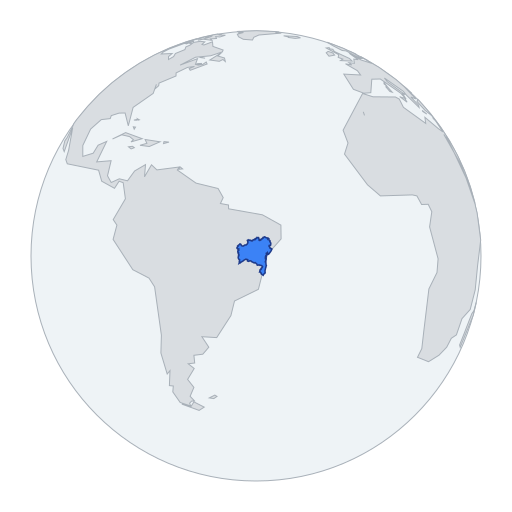 Bahia on an orthographic globe
{"feature_id": "BRA-624", "entity_name": "Bahia", "entity_type": "State", "adm_level": 1, "iso_a3": "BRA", "parent_name": "Brazil", "parent_adm1": "", "projection": "orthographic", "projection_center": [-41.603, -13.426], "detail": "fine", "context": "on_globe", "style": "filled", "palette": "blue", "viewbox_px": 512, "rotation_deg": 0, "n_neighbors": 0, "source": "natural_earth", "source_scale": "10m", "svg_char_len": 10779}
<svg xmlns="http://www.w3.org/2000/svg" viewBox="0 0 512 512"><circle cx="256" cy="256" r="225" fill="#eef3f6" stroke="#a8b0b8"/><path d="M185.6,42.0L185.2,42.1L187.8,41.3L195.9,38.9L196.5,38.7L193.7,39.6L197.1,38.6L193.5,39.9L202.3,37.3L203.7,37.2L199.9,38.5L193.6,40.0L168.9,49.1L163.1,52.1L161.3,54.0L172.1,53.5L168.5,56.6L168.5,59.5L173.6,56.6L175.4,53.5L184.9,49.6L185.9,46.9L189.9,45.2L193.7,42.4L200.4,41.3L204.8,41.9L202.0,44.4L203.9,45.0L212.5,41.8L212.9,46.4L223.1,50.0L222.4,51.9L210.5,55.8L195.6,57.2L180.1,65.1L197.5,58.7L195.4,64.4L198.2,65.1L202.6,64.5L206.2,62.0L207.1,64.0L190.2,70.3L189.2,68.6L194.5,66.4L187.5,67.4L176.1,72.9L176.0,76.0L159.0,83.1L158.7,85.7L154.8,89.1L156.4,84.3L153.2,93.4L133.1,107.4L128.3,125.8L125.1,113.0L119.1,113.1L111.3,115.6L110.2,118.6L101.3,119.6L90.6,129.1L82.8,145.5L82.8,156.4L93.2,153.2L98.1,145.2L106.7,141.4L96.7,161.9L111.1,160.7L107.5,175.8L111.2,182.5L119.3,178.8L127.5,180.8L134.6,171.0L145.5,164.6L144.5,176.8L151.5,164.8L156.9,169.9L179.3,167.0L177.3,170.0L196.0,183.1L218.1,188.5L223.2,197.6L220.4,203.5L228.5,205.0L228.6,208.8L262.4,214.8L280.9,225.1L281.1,238.9L267.2,254.6L258.4,289.3L234.5,301.0L230.9,315.6L216.7,337.6L201.9,336.7L208.8,347.2L202.8,354.2L193.9,355.3L194.7,363.0L188.2,363.8L194.2,368.5L187.6,379.4L193.9,387.4L190.1,396.3L194.5,400.9L191.6,401.1L189.6,403.2L190.7,406.0L180.2,402.5L172.8,391.9L173.3,386.0L169.4,385.6L170.0,370.6L167.2,374.0L160.9,353.0L161.4,335.2L154.6,286.8L149.0,278.1L132.8,269.7L113.1,239.4L116.9,225.1L113.2,219.6L125.4,198.8L123.2,182.7L119.1,181.2L114.5,188.3L101.7,181.2L98.6,170.2L67.3,163.8L65.8,159.6L68.6,150.4L72.7,127.7L64.2,151.6L63.0,148.5L64.8,140.9L67.2,137.5L73.0,125.7L74.0,123.3L76.8,119.4L87.6,106.4L99.3,94.1L111.9,82.8L125.4,72.5L139.5,63.2L154.3,55.0L169.7,47.9L185.6,42.0ZM125.6,132.6L142.2,138.7L131.0,141.9L133.4,139.7L129.6,136.6L121.8,134.8L112.5,139.0L125.6,132.6ZM137.0,120.2L133.9,120.1L137.1,119.4L137.0,120.2ZM189.8,43.4L191.7,42.9L190.0,43.6L189.8,43.4ZM189.7,42.7L186.3,43.9L185.8,43.9L187.8,43.1L189.7,42.7ZM193.9,41.4L185.2,43.6L184.3,43.5L191.4,40.8L193.9,41.4ZM217.0,34.1L218.2,33.9L214.8,34.5L215.2,34.5L217.0,34.1ZM199.1,410.4L181.8,404.1L190.9,406.7L193.9,401.9L204.2,407.1L199.1,410.4ZM209.3,397.9L214.8,395.1L217.0,396.4L213.8,398.6L209.3,397.9ZM411.8,93.3L408.3,90.1L406.9,88.7L403.5,85.9L411.2,94.1L416.0,98.9L410.8,97.0L418.5,105.1L419.1,107.5L406.4,95.1L403.3,91.3L384.4,78.0L387.2,81.6L405.2,94.7L402.1,93.0L406.1,99.1L400.7,93.2L380.3,79.0L371.8,79.2L370.8,92.7L363.8,93.2L353.4,89.3L343.8,74.1L360.6,75.0L357.4,70.7L345.5,63.8L351.7,65.0L348.9,62.7L354.4,63.3L353.8,59.1L358.2,59.7L349.9,53.8L351.0,53.6L355.6,56.9L361.1,60.0L370.9,63.1L370.5,62.5L364.3,58.7L367.8,60.5L360.5,56.5L360.9,56.7L379.0,67.3L396.0,79.5L411.8,93.3ZM356.2,54.2L354.1,53.2L349.6,51.1L356.2,54.2ZM343.3,48.3L344.8,49.0L348.3,50.7L353.7,53.2L361.9,58.4L360.3,58.5L346.1,50.9L342.2,50.5L332.9,45.7L327.1,42.2L343.3,48.3ZM474.9,202.6L475.0,203.7L470.6,187.7L449.1,141.9L447.0,138.0L446.7,137.5L446.1,136.6L449.2,142.7L443.8,134.4L460.7,164.2L465.6,176.7L475.2,204.5L475.5,206.4L477.1,212.9L480.7,240.1L477.6,265.5L475.2,289.9L470.2,309.5L462.0,318.6L456.4,334.9L451.3,338.3L446.7,347.2L439.0,355.2L428.5,361.7L417.5,357.3L421.8,348.6L423.9,330.3L428.9,288.9L437.0,272.5L438.1,258.8L429.6,226.9L431.8,211.7L428.2,204.3L421.6,204.5L416.9,195.9L412.4,194.9L380.4,195.9L367.5,184.8L344.5,154.1L348.0,143.0L343.1,130.2L362.6,93.5L373.0,96.8L395.4,97.0L399.3,99.1L403.4,107.3L425.7,123.4L424.9,117.3L438.3,128.6L442.9,131.9L432.6,116.3L425.0,110.3L417.0,101.5L417.8,99.3L419.7,101.2L430.7,113.8L440.7,127.1L449.8,141.1L457.7,155.7L464.6,170.9L470.3,186.5L474.9,202.6ZM363.3,111.8L364.5,115.4L363.3,111.8ZM180.0,166.8L182.6,168.9L178.9,169.3L180.0,166.8ZM128.5,146.8L132.5,146.3L134.3,147.7L131.1,148.9L128.5,146.8ZM164.0,141.6L169.0,142.1L163.5,143.6L164.0,141.6ZM145.1,139.5L160.0,141.8L149.3,146.5L140.0,145.3L146.9,143.3L145.1,139.5ZM133.3,126.8L135.5,127.1L134.2,129.2L133.3,126.8ZM139.3,119.8L138.3,120.1L137.5,118.8L139.3,119.8ZM196.4,64.0L197.8,63.6L201.9,63.4L199.2,64.6L196.4,64.0ZM224.5,58.0L225.3,61.5L222.9,59.5L219.3,61.3L209.8,60.0L221.5,52.7L217.9,56.0L224.5,58.0ZM200.4,57.2L205.1,58.2L199.5,57.4L200.4,57.2ZM328.1,51.4L332.7,52.9L334.6,55.1L329.0,56.2L326.2,52.8L328.1,51.4ZM338.7,54.7L326.2,48.0L329.2,47.6L329.6,48.8L332.8,49.3L334.4,51.5L349.5,58.5L352.2,61.1L340.5,60.6L342.8,59.1L338.2,57.4L338.7,54.7ZM289.0,37.1L283.6,35.8L297.0,36.5L300.5,37.8L295.2,38.4L287.9,37.4L289.0,37.1ZM208.2,36.9L205.2,37.6L206.0,37.2L209.0,36.4L208.2,36.9ZM213.3,34.8L212.2,35.0L216.5,34.2L221.7,34.4L218.6,34.9L225.4,35.2L219.8,37.0L215.7,36.6L216.5,38.5L210.5,38.9L211.9,40.3L203.2,39.2L197.9,40.2L205.9,38.3L211.1,36.6L211.8,36.1L209.6,35.8L200.7,37.6L201.1,37.5L213.3,34.8ZM276.3,31.6L276.6,31.7L279.1,32.0L276.0,31.8L278.8,32.3L275.8,32.0L281.3,32.9L275.8,32.3L276.0,32.7L281.3,33.1L258.9,35.0L253.8,37.3L252.5,40.0L243.3,39.3L238.6,36.8L237.3,34.2L243.5,32.5L238.2,32.9L239.7,32.3L243.3,32.2L238.6,32.1L240.7,31.7L239.5,31.3L236.9,31.5L256.6,30.7L276.3,31.6ZM399.7,96.6L402.0,97.6L404.6,98.1L407.1,102.2L399.7,96.6ZM385.9,86.9L387.4,86.8L392.2,92.2L389.9,91.5L385.9,86.9ZM384.0,82.5L387.1,86.4L384.0,83.8L384.0,82.5ZM356.5,56.9L357.6,56.9L359.3,57.9L360.6,59.1L356.5,56.9ZM433.7,118.1L434.8,120.2L433.0,118.1L433.0,117.7L433.7,118.1ZM422.2,110.4L426.8,114.1L422.8,111.5L422.2,110.4ZM473.2,315.4L460.2,347.3L459.6,345.0L464.0,333.9L471.8,313.7L474.0,310.6L476.3,302.4L473.2,315.4Z" fill="#d9dde1" stroke="#a8b0b8" stroke-width="1"/><path d="M271.5,248.7L272.1,248.6L272.3,248.4L272.0,248.8L271.2,250.7L270.7,251.5L269.6,253.0L268.6,254.2L267.9,254.5L267.9,254.1L268.0,254.1L267.9,253.9L268.0,253.8L267.9,253.6L267.9,253.3L267.4,253.2L267.2,252.9L267.2,252.7L267.1,252.8L267.0,253.1L266.9,253.3L267.0,253.4L266.7,253.7L266.4,253.3L266.6,253.1L266.3,253.3L266.5,253.6L266.5,253.8L266.8,253.8L267.0,253.9L266.9,254.0L266.9,254.3L266.4,254.7L266.4,254.8L266.7,255.0L266.2,255.4L266.1,255.7L266.1,255.8L265.8,255.8L265.8,255.7L265.7,255.9L265.7,256.2L265.6,256.4L265.6,256.7L265.7,256.3L265.8,256.3L266.0,256.5L265.9,256.7L266.1,257.0L266.0,257.3L266.0,257.7L265.9,257.7L265.7,257.4L265.6,257.2L265.4,257.2L265.4,257.3L265.5,257.2L265.5,257.4L265.8,257.7L266.0,257.8L265.9,257.8L265.7,257.8L265.7,258.1L265.9,258.3L266.0,258.6L265.8,258.6L265.7,258.5L265.6,258.9L265.8,259.0L265.7,258.7L266.1,258.6L266.0,258.3L266.1,258.2L266.1,257.9L266.2,258.3L266.0,259.1L266.0,259.5L265.9,259.7L265.9,259.9L265.6,261.0L265.8,261.4L265.7,261.5L265.8,261.5L265.9,263.2L266.1,265.1L266.4,265.6L266.0,266.4L266.0,266.9L265.8,267.2L265.8,267.6L265.6,267.9L265.5,268.7L265.3,269.3L265.3,269.7L265.2,269.9L265.1,270.4L265.0,270.7L265.0,271.2L265.1,271.9L265.0,272.4L265.2,272.8L264.8,273.3L264.7,273.5L264.2,273.7L263.9,274.0L263.4,274.8L263.2,275.3L261.3,274.0L261.1,273.7L261.3,273.3L261.2,273.1L260.9,272.8L260.8,272.7L260.6,272.5L260.5,272.3L260.2,272.2L260.2,271.8L260.1,271.7L259.9,271.5L259.7,271.6L259.8,271.2L259.9,270.5L260.1,269.7L260.5,269.6L260.9,269.6L261.1,269.4L261.0,269.1L261.0,268.4L261.3,268.3L261.5,268.3L261.5,268.1L261.8,267.7L262.3,267.4L262.4,266.9L262.6,266.7L262.5,266.4L262.3,266.1L262.0,266.1L261.7,265.8L261.6,265.7L261.4,265.7L261.2,265.4L260.7,265.4L260.3,265.2L260.0,265.3L259.9,265.1L259.6,265.0L259.2,265.1L259.0,264.9L258.7,264.9L258.2,265.1L257.8,265.2L257.2,265.1L256.9,264.1L255.2,262.6L254.7,262.9L254.2,262.9L253.9,262.6L253.7,262.7L253.4,262.6L252.9,262.3L252.3,261.9L252.0,261.9L251.1,261.2L250.9,260.9L250.1,260.8L249.6,260.8L249.2,261.0L249.0,261.3L248.8,261.4L247.5,261.0L247.4,260.9L247.4,260.7L247.7,259.6L247.3,259.5L247.1,259.5L246.9,259.4L246.7,259.4L246.2,259.4L246.0,259.2L245.9,259.3L245.6,259.3L244.4,259.9L243.7,260.4L243.6,260.6L242.7,261.2L242.3,261.3L241.9,261.7L241.4,262.0L241.0,262.1L240.8,262.3L240.6,262.5L240.3,262.9L239.6,262.8L239.4,263.1L239.1,263.3L239.4,262.3L239.2,261.8L239.6,261.2L239.6,260.8L239.4,260.4L239.6,259.8L239.2,259.6L239.0,259.3L238.8,259.2L238.6,258.7L238.4,258.4L238.2,257.9L238.2,257.1L238.4,256.3L238.5,256.1L238.9,255.8L238.9,255.6L238.5,255.3L238.6,254.7L238.9,254.3L238.8,254.2L238.4,253.8L238.2,253.6L238.3,253.4L238.5,252.9L238.5,252.5L238.4,252.4L237.9,252.3L237.8,251.9L237.8,251.0L238.1,250.8L238.3,250.5L238.6,250.4L238.8,250.2L238.7,250.0L238.5,249.9L238.1,249.9L238.0,249.6L238.6,249.3L238.8,249.0L238.3,248.8L237.3,248.6L237.2,248.3L236.9,248.1L236.9,247.9L237.0,247.6L237.3,247.4L237.6,246.5L238.1,246.2L238.0,245.9L237.8,245.8L237.9,245.7L238.7,245.0L238.9,244.9L239.6,244.5L239.8,244.3L239.8,244.0L240.5,244.0L241.0,244.5L241.2,245.1L241.6,245.7L242.7,246.1L243.1,246.0L243.6,246.0L243.9,245.6L244.2,245.5L244.3,245.3L244.5,245.2L245.1,244.9L245.5,245.0L245.9,245.1L246.2,244.9L246.8,244.4L247.0,244.3L247.1,244.1L247.5,243.4L247.7,243.2L247.9,242.8L247.9,242.6L247.8,242.4L247.9,242.1L247.9,241.8L247.7,241.5L247.6,240.9L247.3,240.5L247.4,240.3L247.9,240.4L248.0,240.1L248.6,240.1L248.7,239.9L248.8,239.8L249.0,240.0L249.1,240.3L249.4,240.2L249.9,240.3L249.9,240.2L250.1,240.1L250.4,240.2L250.5,240.3L250.8,240.4L250.8,240.6L251.2,240.8L251.3,240.7L251.7,240.7L251.9,240.7L252.0,240.8L252.2,240.5L252.6,240.6L252.8,240.2L253.0,240.1L253.2,239.8L253.4,239.9L253.9,239.8L254.0,239.7L254.3,239.4L254.4,239.5L254.5,239.4L254.6,239.5L254.8,239.4L255.0,239.6L255.2,239.3L255.5,239.2L255.4,238.6L255.5,238.5L256.0,238.5L256.4,238.4L256.5,238.1L256.8,237.8L256.9,237.5L257.2,237.6L257.8,237.5L258.0,237.8L258.4,237.7L258.5,237.9L258.6,238.0L258.7,237.9L258.8,238.1L258.7,238.7L258.9,238.9L258.9,239.2L259.5,239.5L259.5,240.0L259.3,240.4L259.8,240.5L260.1,240.4L260.5,240.2L260.8,240.1L261.2,239.0L261.3,238.9L261.6,239.0L261.8,239.0L262.0,238.9L262.3,238.8L262.7,238.5L262.7,238.3L262.6,238.0L262.7,237.9L263.4,237.8L263.5,237.6L263.4,237.3L263.8,237.2L264.6,236.8L265.0,236.9L265.3,237.4L266.0,237.6L266.2,237.8L266.7,237.8L266.9,237.8L267.3,238.1L267.5,238.6L267.7,238.1L267.8,238.0L268.1,238.1L268.0,238.5L268.4,238.8L268.7,238.7L268.9,238.8L268.8,239.0L269.2,240.3L269.9,240.6L270.0,240.8L269.9,240.9L269.8,241.1L270.0,241.3L269.8,241.6L270.1,242.1L270.3,242.3L270.6,242.7L270.8,243.1L270.8,243.8L270.6,244.3L270.6,244.6L270.6,244.9L270.7,245.0L270.4,245.4L269.9,245.6L269.6,245.4L269.2,245.4L269.0,245.9L269.0,246.1L269.2,246.3L269.2,246.5L269.5,246.7L269.6,247.2L269.9,247.4L270.0,247.6L269.9,248.0L270.2,248.2L270.3,248.2L270.5,248.3L270.7,248.6L271.1,248.8L271.3,248.6L271.5,248.7ZM265.8,255.9L266.3,255.9L266.3,256.2L266.2,256.6L266.4,256.9L266.3,257.0L266.2,257.0L266.0,256.7L266.1,256.3L265.8,256.2L265.8,255.9ZM267.3,254.0L267.5,254.3L267.3,254.4L266.8,254.9L266.8,254.6L267.2,254.2L267.1,253.9L267.3,254.0Z" fill="#3b82f6" stroke="#1e3a8a" stroke-width="1.5"/></svg>